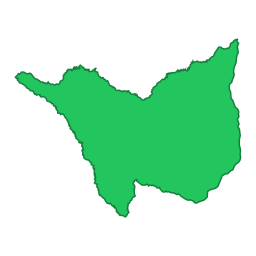 the district of Caldono, Cauca, Colombia
{"feature_id": "7082276B56423369756647", "entity_name": "Caldono", "entity_type": "district", "adm_level": 2, "iso_a3": "COL", "parent_name": "Colombia", "parent_adm1": "Cauca", "projection": "albers", "projection_center": [-76.491, 2.811], "detail": "fine", "context": "isolated", "style": "filled", "palette": "green", "viewbox_px": 256, "rotation_deg": 0, "n_neighbors": 0, "source": "geoboundaries", "source_scale": "gbopen_adm2", "svg_char_len": 5655}
<svg xmlns="http://www.w3.org/2000/svg" viewBox="0 0 256 256"><path d="M15.4,77.2L16.4,78.3L18.1,78.6L17.4,79.3L17.4,80.0L18.4,80.8L19.5,82.7L22.1,83.7L24.9,85.5L27.1,88.1L29.0,88.9L30.2,90.6L33.0,91.1L34.8,94.3L35.3,94.5L36.1,94.0L36.7,95.1L38.0,94.6L39.9,94.9L40.2,95.1L39.9,95.6L40.6,96.7L41.9,97.0L43.3,96.5L44.6,97.0L46.3,98.8L47.1,101.0L50.9,102.3L51.5,103.5L53.0,103.7L53.7,105.8L55.1,106.0L55.5,107.4L56.0,107.0L56.4,107.3L56.2,109.2L57.8,111.2L57.7,113.0L60.1,113.4L60.6,114.5L61.6,113.9L62.7,114.0L63.8,114.8L65.4,117.8L66.6,118.9L67.2,120.5L68.0,121.2L68.1,122.4L69.1,123.8L68.9,124.6L69.5,125.2L69.1,125.8L70.6,127.0L70.3,128.1L70.5,129.1L71.9,129.6L72.1,130.5L73.2,131.4L73.1,132.0L74.2,131.9L73.8,132.5L74.6,132.8L74.3,133.7L75.1,134.0L75.0,134.8L75.6,135.5L75.3,136.2L75.8,136.5L75.8,138.0L77.8,139.6L79.1,141.2L79.6,141.3L79.0,142.4L80.0,142.6L80.2,143.0L80.7,142.6L81.5,143.1L82.1,142.3L82.5,143.1L81.8,144.5L82.1,145.5L81.8,146.4L82.8,147.0L82.7,147.9L83.4,149.7L83.2,150.1L82.3,149.9L82.0,150.6L82.9,152.9L82.6,154.9L83.9,155.8L83.8,157.1L84.1,157.9L84.9,158.7L87.0,159.9L88.3,159.8L90.5,162.4L91.4,162.8L91.3,164.7L93.6,165.4L93.8,165.7L93.2,165.8L93.1,167.2L93.5,168.9L94.5,168.6L94.2,172.9L95.2,173.9L95.2,174.3L94.4,174.2L94.3,174.9L95.1,175.8L94.9,176.6L95.3,176.8L95.2,177.3L95.6,177.9L94.9,178.3L95.2,178.5L94.8,179.5L95.3,179.7L95.5,180.4L94.5,183.0L95.3,183.7L96.4,183.8L97.3,184.3L96.9,184.6L96.9,187.0L98.0,187.8L98.0,188.8L98.5,189.1L98.2,190.5L99.1,191.4L98.8,192.6L99.4,193.5L99.1,194.3L100.1,195.6L101.1,195.5L102.2,197.1L103.8,198.5L104.5,198.6L105.2,200.4L107.3,203.3L107.9,203.1L109.2,203.9L110.5,203.4L112.1,205.6L113.4,206.5L114.3,205.9L114.6,206.4L114.3,207.6L114.8,208.0L115.7,208.0L116.1,208.6L116.5,210.0L116.2,210.8L116.9,211.1L116.9,212.2L118.0,212.7L118.4,213.8L119.5,214.0L119.6,215.1L120.2,215.3L123.1,215.6L125.2,216.9L126.6,215.9L126.9,214.9L128.9,212.0L127.4,209.9L128.0,209.4L127.3,208.5L127.8,207.6L127.4,206.8L128.1,205.8L128.1,203.7L129.4,203.2L130.4,200.7L131.6,200.2L132.2,197.8L135.1,196.2L134.3,193.1L134.1,190.8L134.4,190.1L133.9,189.7L134.6,188.4L134.7,185.9L133.4,184.2L133.4,182.2L134.3,181.7L134.5,180.9L136.6,179.3L136.8,178.7L136.5,180.8L142.0,185.1L144.8,185.0L145.4,184.6L145.9,185.0L147.1,184.1L148.0,184.8L148.5,186.0L149.6,185.2L151.1,185.2L151.7,185.6L153.2,185.1L153.6,185.8L155.9,186.4L156.8,187.8L158.3,188.0L159.6,187.5L159.9,188.7L162.5,191.7L164.4,192.1L166.2,191.2L167.1,192.0L168.7,191.6L170.3,192.5L174.6,193.2L176.8,194.5L177.5,194.6L178.2,194.0L179.0,194.1L181.2,196.3L185.5,199.1L187.8,200.1L190.4,200.0L192.1,200.4L193.4,201.2L194.7,202.7L196.4,203.1L199.7,201.5L203.8,200.2L206.4,198.1L207.2,196.9L207.6,191.6L209.7,189.9L215.3,188.3L216.9,187.3L218.0,186.1L222.3,175.6L225.6,173.9L227.6,173.7L230.8,170.7L232.7,169.9L234.9,165.1L239.2,161.5L240.0,160.1L240.6,157.7L240.1,153.5L240.5,151.3L240.2,148.5L239.2,144.9L239.4,139.2L240.2,135.7L239.4,129.0L238.7,128.7L238.8,128.0L238.2,127.5L237.9,126.6L239.0,124.1L237.4,119.4L238.9,116.5L238.5,114.5L238.7,111.6L237.7,109.3L235.2,107.0L232.7,100.3L231.1,98.4L230.5,91.4L229.4,89.8L229.2,86.1L229.7,84.2L231.9,82.0L232.2,80.2L234.0,75.8L234.1,73.5L233.4,72.5L234.1,67.4L236.0,62.7L236.8,55.6L238.3,52.5L237.3,46.8L238.6,43.2L237.2,42.0L236.9,40.8L237.3,39.5L238.0,39.1L235.3,39.8L233.8,40.9L232.8,42.3L230.6,43.5L230.1,46.3L228.5,48.3L227.1,48.2L225.7,49.0L223.7,48.9L222.7,48.6L220.7,47.2L218.8,47.1L214.7,53.1L213.5,56.3L211.5,57.1L209.6,58.9L209.6,59.9L207.3,60.1L207.0,61.5L206.3,60.7L205.3,62.2L203.5,61.5L201.7,62.7L201.2,62.5L200.8,61.9L198.5,62.1L197.4,61.1L194.6,62.2L193.6,61.9L193.0,61.1L192.7,62.9L191.5,62.4L191.6,63.4L190.3,64.8L190.2,66.9L188.2,67.6L188.1,68.8L189.1,68.7L189.2,69.2L188.4,69.7L187.5,69.5L187.2,70.9L186.4,70.2L184.6,70.1L184.9,69.4L183.3,70.5L183.2,69.5L182.0,70.3L181.1,69.6L180.8,69.9L181.1,70.5L180.1,71.3L179.3,70.6L178.9,71.4L178.2,70.5L178.1,71.3L177.2,70.7L176.9,71.7L175.0,72.5L173.6,72.8L172.1,72.6L170.8,73.3L170.0,73.0L169.6,73.9L168.9,73.2L167.8,73.5L167.7,74.7L166.7,74.2L166.9,75.5L166.3,75.9L167.2,76.9L167.3,77.5L165.9,77.2L164.8,78.4L165.0,79.1L164.4,79.5L162.7,79.2L162.2,79.4L159.9,82.0L159.0,82.0L157.0,83.8L156.4,85.6L153.3,87.6L153.3,88.5L151.9,90.0L152.1,91.0L151.4,91.9L152.1,92.8L152.0,94.5L149.9,95.9L149.5,97.5L148.6,97.4L147.5,98.2L146.0,98.3L145.6,99.0L144.5,99.1L144.5,99.7L144.1,100.0L141.9,99.9L140.1,97.8L137.7,96.7L137.2,96.0L137.2,95.1L136.2,95.3L135.9,94.1L135.1,94.8L134.6,93.8L133.7,94.3L130.8,94.0L130.1,92.6L128.6,91.7L128.7,90.9L127.5,91.0L127.0,92.0L125.6,90.9L123.9,91.1L123.0,91.7L122.9,91.1L121.2,91.2L119.1,90.2L117.5,90.6L115.8,90.1L115.3,88.5L113.6,87.0L112.9,87.6L111.8,86.2L109.6,85.3L107.7,80.8L106.2,81.3L105.2,79.6L103.4,78.7L103.1,77.6L100.7,77.9L100.1,76.9L98.7,76.0L98.0,74.4L97.6,72.2L95.0,71.4L94.9,70.6L95.8,68.4L95.3,68.4L93.9,69.8L92.9,70.1L92.3,71.2L89.3,71.7L88.2,70.5L88.3,70.1L89.1,69.9L89.1,69.5L87.6,69.4L86.4,70.2L85.9,69.2L84.9,69.9L84.4,68.6L83.4,68.1L83.5,67.4L82.5,67.2L80.3,65.2L78.7,67.0L79.8,68.1L78.1,69.0L77.2,68.7L76.8,66.8L76.1,67.3L76.3,68.7L75.7,68.7L74.6,66.5L74.5,69.0L73.6,68.0L73.1,69.6L72.1,69.5L71.8,70.6L70.8,69.3L69.4,69.7L68.2,69.3L67.9,70.7L66.9,70.7L67.0,71.9L65.3,72.8L65.0,74.2L64.2,74.2L64.3,74.8L63.4,75.4L63.4,79.2L62.5,80.2L60.2,81.3L59.5,84.0L58.2,84.3L56.3,84.0L54.9,85.1L53.8,84.8L53.1,84.2L50.8,84.4L49.5,83.2L48.4,83.2L48.1,82.1L46.6,83.7L45.1,82.9L43.6,82.7L42.8,82.0L40.7,82.1L39.5,80.7L37.9,80.0L37.4,79.3L35.2,78.8L34.4,78.2L31.1,73.8L29.7,73.2L27.0,73.9L23.7,72.1L21.2,72.2L20.6,73.5L19.8,74.1L18.4,73.6L18.2,74.4L15.4,77.2Z" fill="#22c55e" stroke="#15803d" stroke-width="1.5"/></svg>